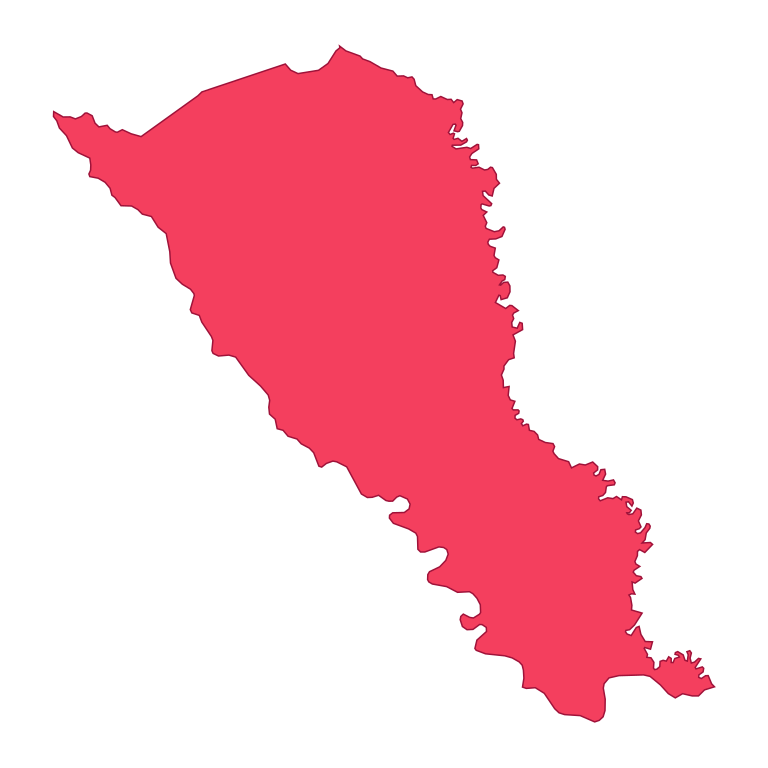 Villanueva, Casanare, Colombia
{"feature_id": "7082276B89877473443630", "entity_name": "Villanueva", "entity_type": "district", "adm_level": 2, "iso_a3": "COL", "parent_name": "Colombia", "parent_adm1": "Casanare", "projection": "mercator", "projection_center": [-72.768, 4.503], "detail": "fine", "context": "isolated", "style": "filled", "palette": "rose", "viewbox_px": 768, "rotation_deg": 0, "n_neighbors": 0, "source": "geoboundaries", "source_scale": "gbopen_adm2", "svg_char_len": 6079}
<svg xmlns="http://www.w3.org/2000/svg" viewBox="0 0 768 768"><path d="M361.4,494.0L367.4,497.5L372.2,497.3L378.6,495.3L385.9,500.5L388.9,501.2L392.7,501.1L396.7,497.1L399.9,495.7L407.4,499.0L410.1,504.1L409.1,508.9L404.3,512.5L392.7,512.8L389.6,515.2L389.4,518.1L393.4,523.3L408.6,528.9L415.8,533.1L417.5,536.5L417.9,549.3L420.6,552.0L424.8,552.0L438.9,546.9L443.7,547.5L446.8,549.6L448.2,554.1L445.8,560.4L439.7,566.8L429.5,571.7L427.8,574.6L427.6,579.6L428.8,581.9L432.3,584.0L446.6,586.6L457.5,592.3L469.5,591.7L472.9,593.7L477.0,598.3L480.3,604.7L480.6,612.5L479.5,614.2L473.4,618.0L469.7,617.4L463.3,614.1L460.8,616.4L460.2,619.7L462.4,626.5L467.0,629.7L473.0,629.4L479.6,624.5L482.1,624.6L486.3,627.4L486.5,631.5L476.9,640.1L474.9,648.5L476.2,650.3L485.5,653.8L504.8,655.8L512.2,657.9L519.2,661.9L522.2,665.2L523.4,670.1L523.9,678.2L522.5,687.1L526.3,688.4L535.3,687.7L544.3,693.3L554.7,708.7L559.0,712.8L564.6,714.6L580.2,715.6L594.7,721.9L599.2,720.4L603.1,716.8L605.0,710.6L605.2,699.2L603.3,688.1L604.1,683.7L609.0,677.9L619.0,675.6L643.6,674.9L650.1,676.4L660.4,684.9L668.3,693.6L675.3,697.9L682.6,693.7L692.1,695.9L698.5,695.9L704.5,689.9L714.5,686.8L711.6,683.8L708.2,675.6L705.6,675.7L701.4,678.5L698.7,677.4L698.9,674.9L703.1,671.9L703.7,668.3L702.3,666.9L696.0,668.9L695.2,667.4L700.8,658.9L698.5,658.4L694.5,662.1L691.3,663.0L690.1,658.1L691.4,653.0L689.8,650.7L686.9,651.7L688.2,654.8L687.3,661.1L685.0,660.3L683.2,654.9L677.7,651.6L675.4,652.6L675.0,654.3L678.4,655.3L679.4,657.0L674.8,658.5L673.1,662.6L671.2,662.5L671.2,658.4L668.7,656.8L666.3,661.1L663.1,660.3L660.1,661.4L659.8,666.6L656.8,669.2L654.6,669.6L653.5,668.1L653.9,662.3L651.0,657.8L646.8,657.3L647.5,654.4L644.2,648.4L644.7,647.5L650.5,649.2L652.5,641.8L645.2,641.5L640.9,634.4L639.1,626.4L636.3,627.5L631.2,635.5L627.2,634.1L625.5,631.9L625.9,630.4L629.6,629.7L634.5,625.0L642.1,613.1L631.5,610.0L631.9,605.3L630.5,597.4L628.9,595.0L631.5,593.8L634.9,594.1L632.8,589.6L632.1,582.0L635.1,583.1L642.0,578.4L640.9,576.6L636.3,575.7L633.2,572.1L634.1,570.2L639.8,566.4L635.9,564.0L634.9,561.5L637.4,555.7L637.5,551.4L639.6,549.6L644.8,552.5L652.6,544.4L650.4,542.5L642.1,543.0L645.1,539.7L646.3,532.9L649.8,528.3L650.2,526.1L648.9,524.0L646.7,523.7L645.0,527.6L640.6,532.8L637.6,533.6L635.4,532.1L635.6,529.9L639.3,528.7L641.0,526.9L638.4,520.9L641.4,514.9L640.9,510.1L636.8,508.1L632.8,513.8L628.9,514.6L627.3,513.8L626.8,512.8L629.5,512.7L631.2,510.3L626.8,506.7L626.0,502.2L628.5,501.8L631.9,506.1L633.3,503.0L632.4,499.6L626.0,496.8L622.4,496.7L621.5,499.8L616.5,496.5L613.0,498.6L607.7,497.8L600.2,500.8L598.6,498.9L598.7,496.8L602.8,495.5L605.5,492.5L606.3,486.9L607.3,485.7L614.3,484.8L615.1,482.8L613.5,479.9L608.1,481.1L602.7,480.3L605.6,474.1L604.7,469.3L600.9,469.7L599.0,474.4L596.0,476.0L594.1,475.1L593.6,473.0L597.6,469.9L597.7,466.7L592.7,462.0L585.3,465.0L579.4,464.0L571.5,467.9L568.6,461.7L558.5,458.6L554.1,453.7L552.9,451.2L554.6,446.6L553.0,443.6L545.3,442.5L538.7,439.4L537.6,435.0L534.1,431.4L529.4,430.3L528.4,424.5L526.5,424.1L522.8,425.8L521.4,423.6L523.3,421.2L522.8,419.7L520.8,418.9L516.9,419.8L515.0,418.2L515.1,415.4L518.7,413.3L519.1,411.0L518.1,409.9L513.3,409.9L512.0,408.5L514.9,401.3L510.3,399.9L508.2,395.4L509.1,386.5L503.4,387.6L503.2,380.2L501.4,375.0L504.0,369.1L503.9,366.1L508.6,359.7L514.2,357.8L513.6,353.4L515.4,341.2L513.0,334.9L522.6,329.6L522.2,323.3L519.8,322.4L517.2,328.2L512.2,327.0L511.7,322.5L513.7,318.6L512.5,315.1L513.8,313.0L518.3,310.6L511.9,305.6L509.7,305.4L505.7,308.5L495.4,302.5L498.9,295.2L500.2,295.6L501.1,299.6L507.3,297.8L510.0,291.8L509.9,285.9L507.8,282.1L503.7,282.4L500.6,285.2L499.4,284.9L502.2,280.9L504.8,279.6L505.3,276.4L503.0,275.0L498.2,275.3L492.9,272.3L492.7,270.7L496.8,267.7L498.9,259.9L495.2,257.7L494.0,255.5L495.3,248.1L490.2,246.3L488.3,244.4L487.8,242.1L489.4,239.2L495.8,238.9L502.0,236.4L505.1,229.3L504.5,227.3L503.2,226.9L499.0,230.8L494.3,231.7L486.1,228.4L485.3,226.2L486.8,222.7L483.2,215.4L486.8,212.0L481.8,209.6L480.8,207.9L481.1,204.6L482.1,203.9L489.2,206.0L490.9,205.6L491.7,203.7L483.1,195.6L482.5,191.3L485.3,191.1L488.8,195.0L492.2,196.0L494.0,188.4L499.5,183.2L496.4,179.3L496.3,174.3L492.4,167.6L490.5,167.2L487.8,169.4L484.6,170.0L479.0,167.2L472.5,168.2L471.0,167.3L471.6,165.4L475.7,165.5L478.2,163.8L476.6,159.9L470.4,159.6L469.6,157.0L471.9,153.5L478.8,148.8L478.5,144.7L477.1,144.4L470.7,148.5L466.9,147.3L456.0,148.9L452.0,146.3L452.3,145.2L460.8,145.1L466.5,141.9L467.4,140.2L466.5,138.5L461.9,141.3L458.0,138.3L454.1,139.4L453.1,138.4L454.5,133.8L453.3,133.2L450.1,134.5L448.4,132.5L453.0,124.4L455.3,124.1L456.0,125.2L454.0,130.8L457.7,131.7L459.3,131.3L462.5,125.6L462.7,122.4L460.7,118.6L462.0,112.8L460.5,109.2L463.1,103.9L462.1,101.0L457.2,99.6L453.7,102.6L451.1,99.3L447.3,99.5L440.8,96.5L435.7,99.0L433.2,98.9L432.0,94.7L428.2,94.5L422.6,91.9L415.8,85.7L414.1,79.2L412.0,76.9L407.7,77.8L403.6,75.9L397.2,76.1L392.9,71.1L381.0,68.0L370.1,61.7L362.6,58.9L360.1,56.1L345.9,50.9L339.6,46.1L339.9,47.7L336.0,50.9L328.0,63.5L318.5,70.3L298.0,73.6L290.7,70.2L285.3,64.0L201.9,91.9L197.9,95.8L141.1,136.6L131.2,133.8L122.3,129.7L117.2,132.3L115.3,131.9L110.0,128.7L107.2,125.3L98.9,126.9L95.0,123.1L92.2,115.8L87.0,113.0L85.1,113.1L81.4,116.5L75.4,118.9L70.2,116.9L63.2,117.0L53.7,111.6L53.5,116.5L56.8,120.8L59.4,128.0L66.5,135.7L72.4,148.0L78.2,152.7L89.8,158.1L90.8,165.0L90.6,170.2L88.9,174.0L89.8,176.6L98.2,178.2L105.1,182.3L110.1,188.3L111.9,195.2L115.0,197.5L121.0,205.7L131.6,206.0L137.9,209.6L142.3,214.1L151.4,216.5L158.1,227.2L166.2,233.6L169.8,251.8L170.5,263.1L176.0,278.3L182.3,284.2L190.5,289.2L193.9,293.6L194.3,295.6L190.3,309.6L191.8,312.9L199.3,315.4L201.8,322.1L211.4,336.5L212.9,340.4L211.9,350.7L213.1,353.4L218.5,356.0L228.9,355.1L235.7,357.1L248.8,375.4L260.6,386.1L268.2,395.0L269.7,400.3L268.8,407.2L269.5,414.1L275.2,419.2L277.2,428.7L283.1,430.3L288.1,436.3L297.0,439.0L301.2,443.8L309.3,448.1L313.7,452.7L318.9,466.2L321.7,467.1L326.4,463.4L332.9,461.1L336.7,461.8L346.7,466.8L361.4,494.0Z" fill="#f43f5e" stroke="#9f1239" stroke-width="1.5"/></svg>